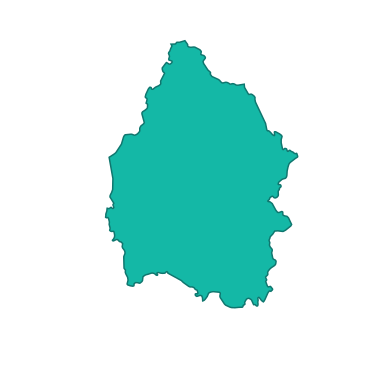 outline of Poltava, rotated 53°
{"feature_id": "UKR-330", "entity_name": "Poltava", "entity_type": "Region", "adm_level": 1, "iso_a3": "UKR", "parent_name": "Ukraine", "parent_adm1": "", "projection": "albers", "projection_center": [33.89, 49.646], "detail": "fine", "context": "isolated", "style": "filled", "palette": "teal", "viewbox_px": 384, "rotation_deg": 53, "n_neighbors": 0, "source": "natural_earth", "source_scale": "10m", "svg_char_len": 6017}
<svg xmlns="http://www.w3.org/2000/svg" viewBox="0 0 384 384"><g transform="rotate(53 192 192)"><path d="M111.7,106.6L118.2,103.1L119.4,102.8L122.1,102.6L122.9,102.3L123.2,102.0L123.6,101.6L124.5,99.3L125.4,98.2L127.1,97.2L128.5,96.8L128.8,96.5L129.2,96.1L129.7,94.7L130.5,93.7L131.4,93.1L133.3,92.3L134.4,91.0L137.3,85.4L140.1,87.1L147.4,88.0L148.3,87.9L148.7,87.2L149.1,86.4L149.5,85.8L150.4,85.3L152.5,84.7L154.3,84.7L155.9,86.0L158.4,87.2L181.5,92.0L187.3,94.8L188.0,94.9L188.6,94.8L189.3,93.9L191.5,93.4L194.6,93.2L196.4,92.5L196.4,92.0L196.2,91.7L193.7,90.2L193.6,89.8L193.8,89.4L194.3,88.9L198.2,87.1L200.7,86.4L201.9,86.7L203.8,89.2L206.3,91.1L212.1,93.8L212.6,93.8L213.0,93.7L213.1,93.3L213.0,92.0L213.1,91.6L213.8,90.9L214.5,90.6L216.6,91.2L217.1,91.1L217.3,90.8L217.4,90.3L217.3,89.4L217.4,89.0L217.7,88.7L219.3,88.3L221.0,87.3L222.6,87.0L223.3,86.6L223.7,86.2L224.1,85.2L224.5,85.2L227.1,86.1L227.6,86.7L227.4,89.6L227.5,95.6L227.6,96.4L228.1,97.9L229.9,100.4L232.5,103.4L235.8,106.2L236.8,107.4L237.2,108.6L237.2,109.4L236.5,111.1L236.1,112.5L236.3,116.0L236.4,116.8L236.6,117.3L237.5,118.4L238.0,118.5L238.3,118.3L238.8,117.5L239.2,117.2L240.1,117.0L241.0,117.4L241.4,118.0L241.6,119.7L241.8,120.1L242.6,120.8L243.0,122.2L243.5,122.9L246.3,124.8L246.9,125.5L247.1,126.2L247.3,127.0L247.2,128.0L247.0,128.8L246.7,129.3L245.8,129.9L244.1,130.1L243.8,130.3L243.6,130.7L243.4,132.2L243.4,132.8L243.6,133.4L244.5,134.8L244.6,135.3L244.6,136.3L244.8,136.9L245.4,136.9L246.9,135.6L249.5,134.9L257.0,136.0L259.7,135.9L260.3,135.4L260.8,134.7L261.5,132.3L261.8,131.9L262.4,131.6L262.8,131.7L264.5,132.9L265.0,133.1L265.5,133.1L266.8,132.4L268.6,130.8L270.7,130.5L277.9,132.0L278.6,133.6L278.8,140.2L278.4,142.8L278.0,143.4L274.6,146.9L273.0,149.5L274.2,152.7L274.8,156.3L275.2,157.0L275.9,157.8L276.7,159.2L277.1,159.6L279.4,160.4L280.4,161.6L281.4,162.3L282.9,162.6L286.0,162.5L287.1,163.2L288.5,165.0L293.4,167.3L294.7,167.4L296.1,166.6L296.8,166.4L297.7,166.5L298.2,166.8L299.5,168.1L300.2,169.1L300.4,170.8L300.2,174.1L300.3,175.9L300.9,178.4L301.2,179.2L301.8,180.0L303.4,181.0L303.7,181.5L303.8,181.9L304.1,184.2L304.9,184.8L307.1,185.2L307.3,185.5L307.6,186.6L307.8,187.0L312.1,188.3L313.1,188.4L313.8,188.1L314.3,186.8L314.7,186.1L317.5,186.0L318.1,186.1L318.4,186.4L318.6,186.8L318.8,188.8L317.7,189.6L317.7,190.4L318.2,192.0L321.8,198.5L322.5,200.1L322.7,201.1L322.0,201.4L320.4,201.8L316.8,201.8L316.4,202.0L316.2,202.4L316.3,203.1L316.6,203.5L318.2,204.3L319.5,205.7L321.2,206.7L322.0,207.4L322.4,208.2L322.3,208.5L322.0,208.9L321.7,209.1L320.0,209.3L319.0,210.6L314.2,209.5L313.3,209.6L311.1,210.5L310.5,211.8L310.4,213.1L311.5,215.8L311.8,216.3L313.4,217.2L313.6,218.0L313.3,218.6L313.3,219.1L314.1,220.3L314.3,220.8L314.2,221.3L312.3,224.0L310.3,227.3L308.1,230.0L306.8,231.0L302.7,233.2L301.1,233.5L293.4,233.0L292.1,232.5L291.2,231.7L290.5,230.8L289.8,230.3L289.0,230.3L288.3,230.7L284.3,235.1L283.7,236.2L283.2,237.3L282.9,238.4L282.8,239.1L283.0,240.0L284.6,242.7L285.6,246.0L285.8,247.4L285.7,248.2L285.4,249.0L283.1,247.5L282.2,247.1L280.9,246.8L279.9,247.2L279.3,248.0L278.6,250.2L278.2,251.0L277.3,251.4L276.3,251.4L275.5,250.8L275.5,250.4L275.8,249.7L276.6,248.9L276.6,248.5L276.1,248.0L273.9,247.1L273.4,247.1L271.8,248.0L269.8,247.9L268.1,248.8L266.6,250.7L265.4,251.4L259.0,253.4L256.3,253.8L242.3,260.1L241.5,259.8L240.6,259.9L240.3,260.4L240.5,262.2L240.2,263.0L239.2,264.5L238.1,265.7L236.1,267.3L235.7,268.0L235.6,268.4L235.8,269.0L237.5,269.3L237.6,269.7L237.5,270.1L236.6,270.7L235.6,270.8L234.2,271.3L232.8,272.5L232.3,273.4L231.2,276.7L230.5,278.3L230.2,279.3L230.1,280.8L230.2,282.0L230.4,282.4L233.0,284.9L233.4,286.0L233.5,288.2L233.0,289.1L232.2,289.5L230.6,291.3L230.4,291.7L230.4,293.1L230.5,293.5L231.9,294.8L231.8,295.5L231.4,296.2L229.7,297.8L227.4,299.3L226.4,299.2L223.9,296.1L221.5,294.8L217.4,294.1L216.0,293.6L214.2,292.1L212.5,292.2L211.9,292.1L203.1,285.8L202.4,285.2L200.9,282.7L200.3,282.1L199.0,281.4L197.7,281.1L195.0,281.1L193.7,280.7L191.4,278.4L188.9,278.8L188.7,279.2L188.3,279.5L187.6,279.8L186.1,279.9L184.8,280.4L184.4,281.2L183.9,283.8L183.7,284.3L183.1,284.7L182.8,284.7L182.6,284.5L182.3,282.9L181.4,281.1L180.0,279.8L177.2,278.4L176.4,278.3L176.0,278.5L175.1,280.0L174.2,280.6L173.4,280.8L172.9,280.7L172.3,279.8L171.5,279.1L168.1,277.7L166.2,276.0L163.7,274.9L162.6,274.6L161.8,274.6L161.1,275.8L160.4,276.2L160.1,276.2L159.1,275.1L157.8,274.1L155.8,271.3L154.3,270.0L153.9,269.5L155.0,268.6L155.4,268.0L155.5,265.9L157.0,265.5L157.6,265.1L157.6,264.3L157.3,263.7L154.8,262.9L154.4,262.5L154.1,261.4L153.8,261.2L146.6,260.5L145.6,259.6L144.8,258.2L144.2,256.8L142.3,253.9L133.7,247.1L114.4,237.3L114.8,231.7L114.8,229.6L114.6,228.7L111.5,220.1L111.2,219.4L107.7,214.7L106.9,213.6L106.3,212.3L106.1,211.5L106.1,210.9L109.2,205.8L110.1,205.0L111.8,204.0L112.3,203.3L112.5,202.6L112.8,200.5L112.2,197.7L111.7,196.9L109.7,195.4L109.1,194.5L108.5,193.1L108.4,189.6L108.1,188.9L107.8,188.3L99.5,185.0L98.5,184.1L98.2,183.1L98.4,180.0L98.3,178.0L97.9,176.9L95.4,174.8L94.7,174.7L94.0,175.1L93.4,175.2L92.1,173.4L90.8,172.0L90.0,171.8L88.6,172.3L87.9,172.1L86.2,170.0L83.5,165.0L82.9,162.9L83.3,162.2L84.0,161.8L85.4,162.3L86.0,162.0L86.3,161.5L86.4,160.9L86.3,158.1L87.1,154.5L87.1,152.7L86.9,152.1L86.6,151.7L84.5,150.3L80.7,142.5L79.9,142.4L78.7,142.7L77.9,142.6L76.1,141.9L75.0,141.1L73.3,135.2L73.3,134.4L76.1,133.3L76.5,132.9L76.7,132.4L76.7,130.9L76.4,129.9L75.8,129.4L75.2,129.3L72.7,131.0L71.8,130.6L70.3,128.5L69.2,127.9L67.6,127.5L67.1,127.3L66.6,126.6L66.0,124.7L64.5,122.5L64.0,121.3L63.2,120.1L61.3,119.8L63.6,116.5L63.8,115.9L63.3,114.3L63.4,113.9L64.9,111.9L66.9,106.6L71.5,106.7L72.8,107.6L74.0,107.4L74.9,106.7L75.7,105.9L77.3,103.3L78.1,102.5L83.1,100.1L85.1,100.0L85.6,100.2L87.1,101.9L87.4,102.1L87.9,102.0L90.2,100.4L91.8,100.2L92.8,100.5L93.2,101.0L94.0,103.8L94.5,104.7L96.4,105.4L104.1,105.9L107.1,105.3L107.8,105.4L108.2,105.6L108.5,106.3L108.9,106.5L111.7,106.6Z" fill="#14b8a6" stroke="#0f766e" stroke-width="1.5"/></g></svg>